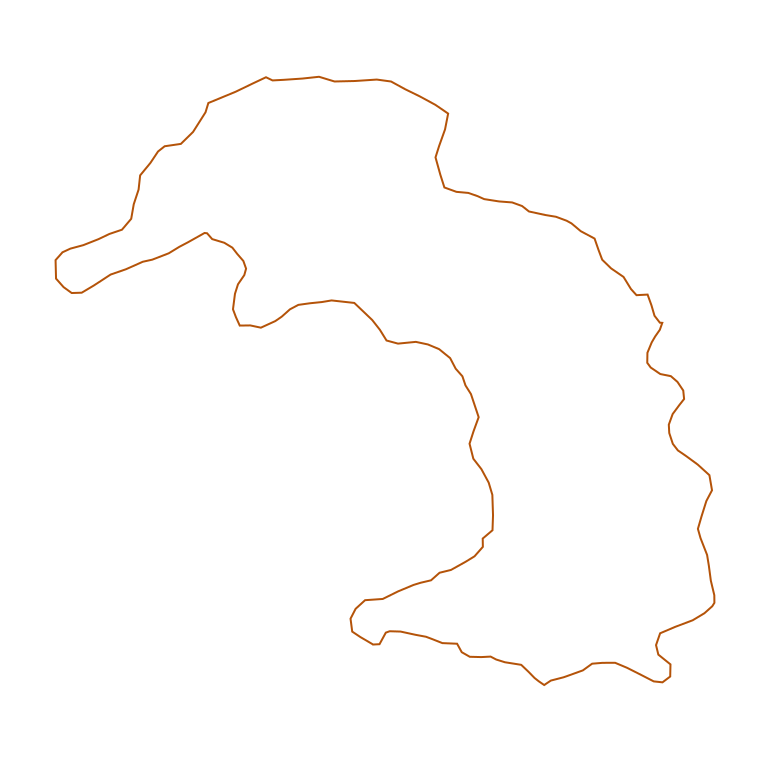 Sabirabad District, Sabirabad, Azerbaijan, rotated 357°
{"feature_id": "54616110B21396185337631", "entity_name": "Sabirabad District", "entity_type": "district", "adm_level": 2, "iso_a3": "AZE", "parent_name": "Azerbaijan", "parent_adm1": "Sabirabad", "projection": "robinson", "projection_center": [48.66, 39.895], "detail": "fine", "context": "isolated", "style": "outline", "palette": "amber", "viewbox_px": 768, "rotation_deg": 357, "n_neighbors": 0, "source": "geoboundaries", "source_scale": "gbopen_adm2", "svg_char_len": 2707}
<svg xmlns="http://www.w3.org/2000/svg" viewBox="0 0 768 768"><g transform="rotate(357 384 384)"><path d="M282.2,71.5L268.5,77.1L251.1,84.4L223.3,94.2L220.0,103.3L206.5,122.3L193.7,133.6L177.4,135.1L170.5,140.0L162.3,151.0L151.4,162.9L149.1,177.0L143.5,191.4L140.2,205.8L130.4,216.2L117.6,219.8L106.5,224.4L91.0,229.6L77.9,232.4L69.7,235.7L69.5,236.0L62.5,243.1L62.0,261.6L66.7,267.5L69.1,270.5L76.9,276.8L86.9,277.0L99.3,270.5L116.7,260.4L132.3,255.9L149.5,249.3L159.1,247.7L175.9,242.2L186.8,236.3L195.7,232.2L212.7,223.8L215.2,224.2L220.0,230.3L231.9,234.6L239.7,239.9L244.3,246.5L250.0,253.8L252.3,261.6L250.2,267.9L243.4,276.8L239.9,286.1L237.1,301.5L239.6,309.4L243.0,318.1L253.5,318.5L264.0,321.3L278.7,315.5L285.4,311.4L294.0,304.5L302.6,300.5L314.3,299.5L326.3,298.9L336.0,297.8L358.6,301.5L363.9,307.1L375.6,319.5L382.7,329.6L388.8,340.7L400.1,344.4L418.0,343.6L429.9,346.8L440.9,352.1L451.4,361.6L456.4,372.5L462.7,380.4L465.3,389.7L470.3,398.6L476.8,422.1L470.9,436.0L466.3,448.1L469.3,463.3L476.8,474.1L483.4,488.0L486.4,500.4L486.0,520.8L484.7,535.7L474.5,543.5L474.2,551.8L465.4,560.8L456.2,565.8L441.1,573.2L429.6,575.4L420.7,582.5L410.2,584.4L403.0,586.2L387.3,591.8L371.5,598.6L353.8,598.9L343.9,607.0L338.3,616.6L339.3,629.6L347.2,635.5L358.9,643.2L359.3,643.6L365.9,643.6L372.8,632.4L376.7,631.2L387.6,632.1L402.3,636.1L412.7,638.6L418.2,641.0L428.7,645.8L443.4,647.2L447.6,655.9L455.4,660.9L466.9,661.8L476.2,661.8L481.6,665.0L490.2,668.2L506.2,671.6L506.6,671.9L513.2,678.9L519.0,685.5L523.0,689.0L528.2,693.0L535.1,688.9L547.9,686.3L550.7,685.5L567.6,680.4L577.2,674.2L587.6,673.9L600.2,674.5L611.8,680.1L625.6,688.0L637.8,695.1L646.5,696.5L654.5,691.1L655.4,679.0L643.8,668.6L642.0,659.0L646.7,647.4L662.0,641.8L679.9,636.1L692.1,629.6L700.2,623.1L702.5,619.8L702.8,612.2L700.1,597.5L698.9,582.5L697.7,571.6L692.0,554.4L689.9,545.1L694.1,533.0L699.8,517.7L706.0,507.3L704.2,492.1L693.1,480.9L682.1,471.9L674.0,465.7L669.3,458.9L666.3,447.9L666.3,439.5L670.7,429.1L677.9,420.4L682.9,414.7L682.5,406.2L677.2,397.3L670.9,391.2L660.4,388.5L651.2,381.5L648.0,376.6L648.7,366.6L653.5,356.5L657.3,350.7L662.3,344.3L665.1,337.5L662.7,337.2L657.7,330.0L655.2,319.4L651.9,308.5L640.8,308.5L635.6,302.1L628.8,289.6L616.8,280.4L608.4,271.3L605.2,261.2L601.9,249.8L588.5,241.7L579.6,233.4L574.9,230.5L564.5,226.0L554.0,223.7L537.8,219.3L531.2,213.5L521.5,209.4L508.4,207.7L493.7,204.6L487.3,201.3L478.2,197.6L466.4,195.9L454.6,190.9L451.2,177.9L447.3,160.4L451.5,149.2L458.3,132.9L462.2,117.3L449.9,107.9L434.7,98.6L420.5,90.7L406.9,82.3L392.7,79.6L370.7,79.9L350.4,79.3L335.2,73.8L318.7,74.7L299.6,75.0L298.3,75.0L288.6,75.0L282.2,71.5Z" fill="none" stroke="#b45309" stroke-width="2"/></g></svg>